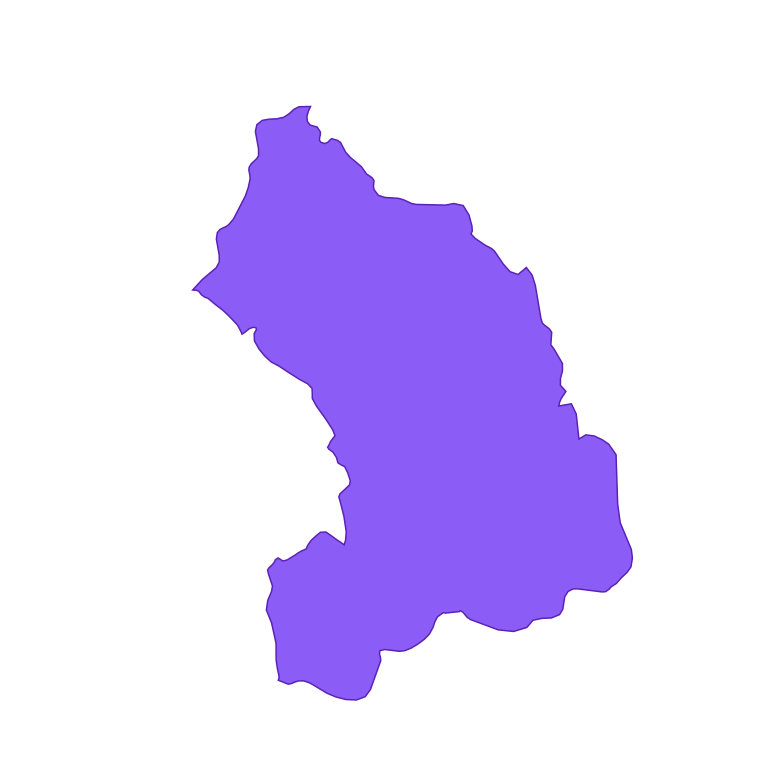 the Province of Eastern, rotated 341°
{"feature_id": "RWA-3493", "entity_name": "Eastern", "entity_type": "Province", "adm_level": 1, "iso_a3": "RWA", "parent_name": "Rwanda", "parent_adm1": "", "projection": "mercator", "projection_center": [30.365, -1.745], "detail": "fine", "context": "isolated", "style": "filled", "palette": "violet", "viewbox_px": 768, "rotation_deg": 341, "n_neighbors": 0, "source": "natural_earth", "source_scale": "10m", "svg_char_len": 3353}
<svg xmlns="http://www.w3.org/2000/svg" viewBox="0 0 768 768"><g transform="rotate(341 384 384)"><path d="M381.0,623.7L367.6,620.6L365.6,619.5L358.8,621.5L354.7,625.4L352.9,627.7L351.0,630.2L345.5,635.2L339.5,638.3L331.5,640.9L323.5,642.6L316.7,642.9L311.4,641.7L298.3,635.3L293.4,634.8L291.9,637.6L291.6,641.6L290.8,644.6L271.7,668.5L264.5,673.5L255.1,673.8L245.4,670.0L236.6,664.2L229.7,658.1L216.6,642.6L211.5,638.6L206.6,636.9L202.6,636.8L199.0,637.1L195.8,636.7L188.3,630.3L187.6,629.6L188.6,628.5L189.1,627.3L189.6,626.2L190.6,618.1L192.1,610.2L192.3,609.4L192.5,608.8L197.5,594.1L199.9,573.4L199.2,559.4L203.7,550.6L210.0,543.7L212.8,538.6L212.8,533.7L212.9,526.1L213.4,522.0L215.3,520.4L219.3,518.6L221.9,517.1L224.1,514.8L227.2,514.0L228.7,515.8L230.7,518.4L234.3,518.8L236.9,518.5L238.1,518.1L239.5,517.8L242.0,517.3L244.7,516.7L247.2,515.9L251.0,515.1L254.4,514.8L255.6,514.7L257.0,514.5L258.1,512.9L260.6,510.7L263.5,508.6L266.0,507.3L270.5,505.4L275.6,503.5L280.8,505.0L285.2,510.9L288.1,515.2L291.3,519.3L294.0,523.1L296.9,519.0L300.2,511.4L303.0,496.2L304.3,480.9L304.5,476.0L306.8,473.4L312.9,470.8L318.7,468.1L320.6,464.5L320.8,456.2L319.9,449.3L317.4,446.8L314.8,443.6L315.1,437.8L313.5,431.7L310.6,427.6L310.1,425.4L311.8,424.1L314.7,421.0L318.4,418.5L320.8,417.0L320.6,410.6L317.4,397.7L313.0,383.2L311.5,374.3L313.1,369.6L314.5,364.8L312.0,359.1L306.0,352.6L297.8,342.4L290.2,332.5L284.7,326.7L280.5,319.1L277.3,310.6L275.5,301.1L277.7,294.0L281.1,291.0L281.2,289.1L278.9,287.8L274.8,287.8L269.8,289.6L266.0,290.7L265.7,286.9L264.6,280.4L262.8,276.4L259.2,268.5L255.5,261.6L250.8,254.5L245.4,245.6L242.7,243.4L240.4,240.2L239.0,235.9L236.7,234.0L235.4,233.7L233.7,232.8L246.1,226.1L263.3,219.4L267.9,215.1L270.1,208.7L272.7,192.3L275.7,186.6L279.0,184.6L282.4,184.0L285.7,183.8L288.8,182.9L295.4,179.0L314.1,161.1L319.6,154.1L324.2,146.4L325.0,143.7L325.9,137.6L327.1,135.1L328.6,133.9L330.1,132.6L337.2,129.4L339.7,127.3L341.9,120.9L344.6,103.4L348.2,97.4L354.7,95.1L361.6,96.2L368.8,98.3L375.9,99.2L382.6,97.5L388.1,95.0L393.8,94.2L400.3,96.2L404.9,97.7L401.5,101.2L398.3,105.8L397.0,110.6L398.4,115.1L404.5,119.3L405.9,125.1L405.0,127.6L403.4,130.0L402.3,132.5L403.0,135.0L406.7,137.5L410.0,137.0L412.8,135.5L414.5,135.0L419.7,138.8L421.5,141.4L423.2,152.3L425.7,158.4L433.4,171.2L435.9,179.8L439.8,184.9L440.7,188.3L440.3,189.6L439.3,191.5L438.3,193.9L437.9,197.1L440.1,203.8L445.6,207.9L458.0,213.1L462.5,216.2L468.8,222.3L472.7,224.6L500.5,234.9L508.8,236.1L517.0,241.1L519.4,252.1L518.6,263.1L517.3,268.1L515.1,270.5L517.6,276.0L524.6,285.4L529.8,291.0L531.7,294.2L535.8,309.4L539.8,318.9L546.4,324.1L556.5,320.2L559.5,329.2L559.2,340.0L553.7,373.3L553.6,377.9L554.6,380.0L558.3,385.8L559.4,389.7L554.5,401.3L556.0,405.7L559.4,422.7L557.0,429.8L552.7,436.1L550.4,442.7L553.6,450.2L546.7,455.6L544.2,458.3L542.1,461.7L554.7,463.7L556.0,474.9L550.4,499.5L558.3,497.8L565.9,501.6L572.4,508.0L576.9,514.1L580.4,526.4L565.9,573.4L562.2,592.0L564.0,620.9L562.2,629.5L557.9,637.4L552.4,641.3L545.3,644.5L538.8,648.2L532.9,649.7L529.8,651.4L526.0,652.5L522.5,651.6L500.5,640.8L496.0,639.3L490.5,640.1L485.7,643.9L479.7,655.2L474.9,659.2L466.1,659.7L457.0,657.0L448.0,655.9L439.8,660.7L426.0,660.2L411.9,653.6L389.0,634.8L386.6,631.5L384.4,625.5L382.4,623.2L381.0,623.7Z" fill="#8b5cf6" stroke="#5b21b6" stroke-width="1.5"/></g></svg>